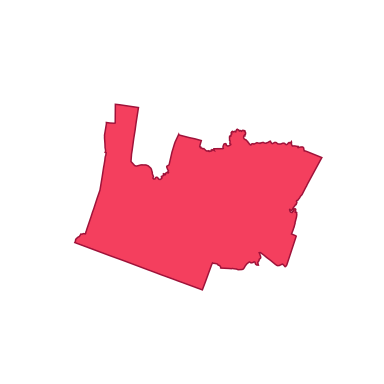 outline of Crevedia Mare, Giurgiu, Romania, rotated 142°
{"feature_id": "2599482B65943054980402", "entity_name": "Crevedia Mare", "entity_type": "district", "adm_level": 2, "iso_a3": "ROU", "parent_name": "Romania", "parent_adm1": "Giurgiu", "projection": "orthographic", "projection_center": [25.603, 44.429], "detail": "fine", "context": "isolated", "style": "filled", "palette": "rose", "viewbox_px": 384, "rotation_deg": 142, "n_neighbors": 0, "source": "geoboundaries", "source_scale": "gbopen_adm2", "svg_char_len": 5903}
<svg xmlns="http://www.w3.org/2000/svg" viewBox="0 0 384 384"><g transform="rotate(142 192 192)"><path d="M315.5,224.3L303.7,205.1L296.1,192.7L288.8,181.1L267.2,145.7L244.1,108.5L237.0,112.8L221.5,122.5L219.5,123.5L219.1,122.7L218.4,122.1L216.7,120.2L216.4,119.5L216.3,119.1L216.4,118.7L216.4,118.3L215.5,117.0L215.5,116.6L215.6,115.2L216.2,114.5L216.1,114.3L210.1,109.1L209.1,108.2L208.2,107.3L207.4,107.0L206.1,105.6L204.3,103.8L203.8,102.8L203.3,102.2L200.3,100.1L199.0,99.7L197.2,100.2L196.5,100.6L195.7,100.9L193.1,101.6L189.9,101.6L189.6,101.3L189.3,100.1L188.8,99.6L187.5,98.9L186.3,98.8L185.7,98.2L185.6,97.9L185.7,97.6L186.2,96.5L186.3,96.0L186.0,94.7L184.7,93.5L184.3,94.4L183.9,95.4L183.6,95.9L182.7,96.3L181.8,96.5L181.0,97.0L180.5,97.6L179.0,97.6L178.5,97.8L178.0,98.3L177.5,99.3L176.4,102.8L175.5,102.3L175.4,102.2L174.2,98.0L173.5,94.5L172.2,89.8L170.9,83.8L170.4,82.1L169.9,81.3L168.7,80.4L165.7,79.7L165.0,79.4L164.9,79.1L164.9,78.4L164.7,77.6L164.7,76.0L164.4,75.7L163.7,75.7L162.4,76.1L161.7,76.5L137.1,93.0L137.1,93.4L137.3,93.8L139.4,97.7L135.8,99.8L133.3,101.5L132.9,101.6L132.6,102.0L130.0,103.9L129.8,104.3L125.0,108.0L123.3,109.7L123.2,110.1L123.0,110.4L122.2,111.2L122.2,111.5L122.3,111.8L123.1,112.4L123.1,112.5L122.4,112.8L122.2,113.2L121.9,113.6L121.1,114.2L120.9,114.7L121.0,115.2L121.4,115.4L121.9,116.0L122.1,116.2L122.5,116.3L122.7,116.2L122.7,115.3L123.1,114.8L123.4,114.7L123.6,114.5L124.2,114.4L124.6,114.7L124.8,114.8L125.6,114.2L125.8,114.2L126.6,115.2L126.7,115.8L126.6,116.5L126.1,117.9L125.8,118.1L125.6,118.1L125.6,117.6L125.5,117.4L125.0,116.4L124.7,116.1L123.7,116.5L122.3,117.1L119.0,118.0L118.2,118.1L118.2,118.3L117.9,118.7L117.9,118.9L117.5,118.1L115.9,119.1L115.6,119.5L115.4,120.4L114.9,120.7L114.6,120.7L113.8,120.4L113.5,120.4L112.3,120.8L111.2,121.0L109.2,121.8L108.5,122.0L107.8,122.0L106.7,122.3L99.6,125.6L98.0,126.2L97.0,126.8L96.1,127.2L75.2,136.3L68.5,139.2L76.4,152.9L77.4,154.5L78.2,155.3L77.9,155.7L77.8,156.5L76.9,157.9L77.0,159.2L77.8,160.0L78.2,160.1L78.9,160.7L80.8,161.5L80.8,161.8L81.0,161.9L80.3,162.5L81.8,164.0L82.6,165.0L84.6,166.5L84.4,167.8L84.2,168.4L83.9,168.9L82.9,170.0L82.7,170.5L84.1,170.1L84.6,170.4L84.9,171.1L85.1,171.0L85.5,171.3L86.5,171.2L87.1,171.0L87.8,171.0L88.6,171.3L88.8,171.6L89.1,173.3L89.5,173.9L90.5,174.6L92.2,175.1L93.1,175.6L94.7,177.0L94.9,177.5L95.1,178.8L95.3,179.2L95.7,179.7L96.4,180.2L98.6,180.5L99.0,180.8L99.3,181.6L99.2,182.4L99.2,183.2L98.9,183.6L99.0,183.9L100.4,184.2L101.5,184.2L102.6,184.7L103.6,184.8L104.1,185.2L104.2,185.4L104.7,185.8L105.3,187.2L106.3,187.8L107.3,188.1L107.9,188.5L108.3,188.3L108.5,188.4L108.7,188.6L108.7,188.9L109.4,189.4L110.5,190.9L113.6,191.6L113.8,191.7L114.1,192.5L115.3,193.1L116.4,192.8L116.8,192.9L116.9,193.0L117.1,193.5L117.0,194.1L117.3,194.6L117.1,195.3L117.3,196.8L117.0,197.4L117.4,199.2L117.3,199.9L117.9,200.7L118.0,201.2L118.2,201.7L118.0,202.9L117.6,203.4L116.8,204.2L116.4,204.2L116.0,203.7L115.7,203.6L115.5,204.0L115.5,204.6L115.3,204.7L115.0,204.7L114.5,204.5L114.3,204.6L113.4,205.5L113.2,206.1L113.0,206.6L113.4,207.3L112.9,207.6L112.7,207.8L113.9,209.3L114.4,209.5L115.4,209.3L115.6,209.3L115.7,209.7L115.8,210.4L116.0,210.6L116.3,210.7L117.0,210.7L117.1,210.8L117.2,211.1L117.0,212.2L117.5,212.7L117.6,213.5L118.3,213.7L119.6,213.1L120.5,212.5L120.9,213.5L121.7,213.6L122.5,214.0L122.6,214.6L122.6,214.8L123.3,215.0L123.5,215.0L123.9,214.6L124.4,214.7L124.7,214.6L125.0,214.1L124.9,213.3L125.8,213.1L126.7,212.8L126.8,212.6L126.8,212.2L127.3,212.2L127.3,212.5L127.5,212.7L128.0,212.8L128.8,212.0L130.1,210.2L130.6,209.6L130.7,209.4L130.5,208.9L130.7,208.6L132.4,206.8L132.4,206.7L132.2,206.6L132.0,206.0L132.1,205.6L132.4,205.4L133.4,205.5L135.1,205.9L135.5,206.1L135.8,206.7L135.9,207.2L136.2,207.7L136.1,208.2L135.6,208.6L135.6,209.0L135.9,209.6L136.8,210.0L137.1,210.1L137.7,209.9L139.5,208.8L140.1,208.1L140.3,207.7L140.5,207.1L141.2,207.3L148.1,212.6L148.8,211.4L148.9,211.0L149.3,211.9L150.2,213.1L150.6,213.0L151.0,213.1L151.0,212.4L152.1,212.6L152.8,213.2L153.3,213.3L153.2,213.7L153.3,214.1L154.0,214.1L154.1,214.6L154.4,214.7L155.3,215.4L155.6,216.5L155.7,217.4L155.9,218.1L155.9,218.9L157.1,219.7L157.1,219.9L157.2,220.6L157.3,220.8L158.0,221.4L158.1,221.7L157.9,222.0L157.5,222.2L158.0,223.0L157.0,223.9L153.8,226.2L153.0,226.8L157.0,232.2L160.4,236.2L166.7,244.4L167.2,245.1L167.0,245.6L174.3,241.9L176.2,240.7L183.3,235.7L193.1,227.7L193.8,227.5L195.9,227.8L196.3,227.6L196.6,227.1L197.4,224.5L197.4,224.3L197.4,223.4L198.3,223.0L198.5,222.5L198.4,222.1L198.5,221.8L198.8,221.7L199.1,221.7L199.4,222.1L199.3,222.7L199.4,222.8L200.5,223.0L201.6,222.9L201.9,222.3L202.2,222.1L202.5,222.1L202.9,222.2L203.1,222.5L203.1,223.0L202.9,223.7L203.0,223.9L203.3,224.0L203.5,223.9L203.7,223.3L204.5,222.6L205.1,222.7L206.5,223.1L206.9,222.7L206.9,221.7L207.1,221.5L208.4,221.4L209.2,221.4L210.0,222.1L210.3,222.4L210.3,222.7L210.1,223.6L210.4,224.3L210.3,224.8L210.5,225.1L210.7,225.4L211.8,225.8L212.1,225.7L212.9,225.2L213.2,225.1L213.5,225.3L214.2,225.9L214.3,226.6L214.2,227.0L213.9,227.3L213.0,227.8L212.8,228.1L212.1,230.7L211.2,231.9L210.7,233.3L210.0,234.9L209.8,236.2L210.4,239.6L211.6,241.6L215.4,244.7L219.8,246.6L220.9,248.0L221.3,253.6L216.2,259.2L213.4,261.8L205.0,270.0L198.5,276.0L197.4,277.1L193.5,280.9L182.2,291.5L195.5,305.5L198.4,308.3L210.0,293.7L211.0,294.1L214.2,296.9L216.7,299.5L217.6,298.3L225.9,290.7L226.7,289.7L226.9,289.2L227.5,288.7L230.9,283.6L233.3,280.3L233.7,279.4L234.9,277.4L236.1,276.7L235.5,275.7L237.7,273.7L238.1,273.6L239.5,272.4L241.0,270.8L244.8,267.3L246.1,266.2L253.3,259.4L263.4,250.1L270.7,245.4L280.0,239.1L282.6,237.5L287.3,234.3L298.3,227.1L299.0,226.5L300.3,225.8L301.5,224.7L301.9,224.7L302.9,225.9L304.8,226.6L305.5,227.3L306.5,226.8L308.2,226.3L309.7,226.6L311.5,226.5L312.8,226.3L313.4,225.7L314.5,224.8L315.5,224.3Z" fill="#f43f5e" stroke="#9f1239" stroke-width="1.5"/></g></svg>